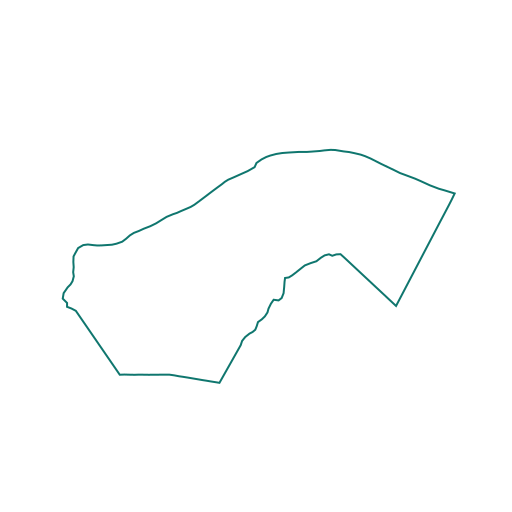 Icapuí, Ceará, Brazil, rotated 312°
{"feature_id": "56859067B97038738171378", "entity_name": "Icapuí", "entity_type": "district", "adm_level": 2, "iso_a3": "BRA", "parent_name": "Brazil", "parent_adm1": "Ceará", "projection": "mercator", "projection_center": [-37.414, -4.742], "detail": "fine", "context": "isolated", "style": "outline", "palette": "teal", "viewbox_px": 512, "rotation_deg": 312, "n_neighbors": 0, "source": "geoboundaries", "source_scale": "gbopen_adm2", "svg_char_len": 1928}
<svg xmlns="http://www.w3.org/2000/svg" viewBox="0 0 512 512"><g transform="rotate(312 256 256)"><path d="M312.6,393.5L404.3,370.0L409.9,368.6L414.2,367.5L422.9,365.3L428.9,363.7L435.4,361.8L433.5,357.7L430.9,352.1L428.3,346.8L424.9,338.0L421.8,328.1L419.9,322.4L417.7,316.8L415.8,312.0L414.0,307.5L412.2,301.0L408.3,287.8L405.1,275.9L403.2,270.3L401.4,266.0L398.1,260.0L395.6,255.7L392.4,251.2L387.8,244.0L384.8,240.4L380.2,236.1L376.9,233.3L370.3,227.0L367.2,224.0L361.8,218.0L354.7,211.0L350.1,206.6L345.4,202.8L340.2,199.4L336.5,197.4L331.5,195.5L325.5,194.1L321.1,195.5L313.5,193.0L307.0,190.1L302.7,188.2L299.3,186.7L294.1,184.3L290.3,183.2L286.5,182.6L281.3,181.5L273.8,180.0L263.3,178.0L257.2,176.8L252.8,175.9L248.7,174.6L243.7,172.3L239.0,170.1L235.1,168.4L231.6,166.4L225.3,163.4L220.6,162.0L213.4,159.9L207.4,157.5L201.1,154.3L196.2,152.2L191.5,149.8L187.0,148.5L181.8,147.9L177.1,147.0L171.8,144.1L168.0,141.4L160.4,134.0L157.6,131.0L155.2,127.8L152.1,123.4L148.5,120.3L142.9,118.5L137.2,119.8L133.6,120.7L129.3,124.3L125.7,128.0L121.6,131.0L119.0,134.2L114.5,136.5L110.8,137.2L106.7,137.0L99.7,137.9L95.0,140.9L94.7,147.0L91.8,149.6L93.5,154.0L94.7,158.8L76.6,234.2L79.9,237.6L83.3,241.6L86.6,245.4L89.6,248.5L93.1,252.5L95.9,255.7L99.2,259.3L101.9,262.3L105.0,265.6L107.5,268.4L109.9,271.1L112.6,275.1L115.2,279.4L117.3,282.5L119.9,286.5L122.5,290.6L125.8,295.8L128.0,299.3L130.1,302.5L132.7,306.6L135.5,310.9L137.3,313.7L179.5,304.3L183.6,302.5L188.6,302.2L194.0,303.1L197.2,304.3L200.7,304.8L204.3,303.5L208.2,301.7L212.8,302.7L217.0,303.0L221.7,302.3L225.3,300.5L230.6,299.0L235.3,298.4L238.1,302.5L241.9,303.2L246.8,301.4L251.8,297.7L255.9,294.5L259.1,292.3L262.0,294.7L265.7,295.8L269.9,296.6L274.1,297.3L278.3,298.0L281.7,298.6L287.3,301.4L292.5,304.4L298.2,305.4L302.4,306.6L306.1,309.1L307.2,312.5L310.9,314.6L313.9,317.6L313.9,322.3L312.6,393.5Z" fill="none" stroke="#0f766e" stroke-width="2"/></g></svg>